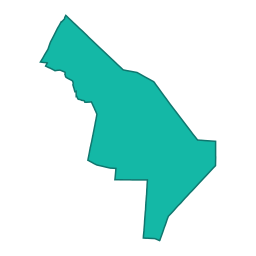 Thap Muoi, Ðong Tháp, Vietnam (Mercator projection)
{"feature_id": "81297802B37339373723835", "entity_name": "Thap Muoi", "entity_type": "district", "adm_level": 2, "iso_a3": "VNM", "parent_name": "Vietnam", "parent_adm1": "Ðong Tháp", "projection": "mercator", "projection_center": [105.765, 10.559], "detail": "fine", "context": "isolated", "style": "filled", "palette": "teal", "viewbox_px": 256, "rotation_deg": 0, "n_neighbors": 0, "source": "geoboundaries", "source_scale": "gbopen_adm2", "svg_char_len": 4043}
<svg xmlns="http://www.w3.org/2000/svg" viewBox="0 0 256 256"><path d="M215.6,141.3L212.4,141.1L206.7,140.7L205.1,140.6L201.6,140.3L201.1,140.3L198.6,140.1L197.5,140.0L197.4,139.8L195.7,137.6L192.7,133.9L191.1,131.7L189.9,130.1L187.0,126.3L184.1,122.5L181.2,118.7L178.3,114.9L175.9,111.7L175.4,111.1L169.6,103.5L166.8,99.6L166.7,99.4L163.9,95.7L161.0,91.7L158.2,87.8L157.0,86.2L155.2,83.8L155.1,83.6L154.9,83.2L153.7,81.7L150.4,79.9L148.8,79.0L144.9,76.9L140.5,74.4L137.1,72.5L131.8,71.5L126.2,70.5L123.2,69.9L120.5,67.3L117.3,64.4L117.2,64.3L116.1,63.2L107.4,55.0L103.1,50.9L98.7,46.8L94.3,42.6L93.9,42.2L88.7,37.3L86.8,35.3L84.5,33.1L83.3,31.9L81.7,30.4L80.1,29.0L78.7,27.7L77.3,26.3L75.6,24.7L73.1,22.4L71.6,20.9L70.2,19.6L68.7,18.2L67.0,16.5L65.8,15.4L64.7,17.5L64.5,18.9L61.5,22.0L61.2,21.8L59.0,25.8L57.9,27.6L57.3,28.7L55.8,31.7L54.0,35.3L52.4,38.4L50.6,41.8L49.9,43.6L48.2,48.6L48.0,49.2L46.8,51.2L44.8,54.5L42.8,58.1L40.4,62.0L43.8,62.5L47.2,62.8L47.4,62.9L47.4,63.0L45.8,65.6L45.6,66.1L46.7,66.6L47.9,67.2L48.2,67.4L49.8,68.0L51.6,68.9L52.2,69.2L54.3,70.3L54.9,70.7L55.7,70.6L56.8,70.4L57.6,70.3L59.1,70.2L59.5,70.1L59.9,70.2L60.2,70.2L60.8,70.4L62.0,70.9L63.4,71.5L64.6,72.0L64.9,72.2L65.0,72.3L65.1,72.5L65.1,73.1L65.0,73.9L64.9,74.3L64.9,74.5L65.0,74.6L65.2,75.0L65.3,75.6L65.5,76.4L65.7,76.8L65.8,77.0L66.0,77.2L66.2,77.4L67.2,78.0L67.7,78.3L69.0,79.0L70.2,79.6L71.0,80.0L71.6,80.4L72.2,80.7L72.3,80.8L72.5,80.9L72.6,81.1L72.7,81.5L72.9,81.9L73.1,82.8L73.2,83.0L73.2,83.3L73.1,83.8L72.9,84.8L72.9,85.0L73.0,85.2L73.3,86.1L73.5,87.0L74.0,88.4L74.4,90.0L74.7,91.1L75.0,91.8L76.1,91.3L76.2,96.5L76.7,96.3L77.4,97.9L78.0,99.0L78.4,99.3L79.7,99.5L80.3,99.7L81.4,100.1L81.6,100.3L82.1,100.4L83.1,100.5L83.7,100.6L84.0,100.7L84.3,100.9L84.4,101.0L84.7,102.1L86.0,102.3L87.0,102.2L88.9,102.1L90.6,102.0L91.4,101.9L92.0,103.2L92.5,104.3L93.3,106.1L93.6,106.7L94.2,107.9L94.5,108.6L94.5,108.8L95.4,110.7L95.5,110.8L95.6,111.1L96.4,113.0L96.9,114.2L96.7,115.4L96.6,115.8L96.6,116.2L96.3,117.4L96.3,117.7L96.0,119.4L95.9,119.8L95.6,121.3L95.4,122.1L95.3,122.8L95.0,124.5L94.8,125.7L94.6,126.5L94.4,127.5L94.2,128.7L94.1,129.1L93.9,130.1L93.8,130.8L93.6,131.7L93.3,133.1L93.2,133.8L93.0,134.8L92.8,135.5L92.5,137.2L92.4,137.8L92.0,139.5L92.0,139.9L91.8,140.8L91.6,141.9L91.5,142.4L91.3,143.0L91.1,143.9L90.9,144.9L90.7,145.9L90.7,146.0L90.3,147.4L90.1,148.7L89.6,151.1L89.5,151.9L89.2,153.5L89.1,153.9L89.0,154.6L88.8,155.2L88.7,156.1L88.6,156.5L88.2,158.4L88.0,159.5L87.9,160.3L88.5,160.5L90.0,161.4L91.0,161.9L91.6,162.2L91.7,162.3L92.0,162.4L93.1,163.1L93.8,163.5L96.9,165.0L102.2,166.2L106.7,167.3L109.4,167.9L110.4,168.1L110.5,168.1L112.4,168.2L115.9,168.4L115.8,170.0L115.6,172.3L115.4,174.7L115.0,178.9L114.9,179.7L124.6,179.8L127.0,179.8L129.9,179.8L132.0,179.9L134.4,179.9L147.4,179.9L147.3,181.7L147.3,182.1L147.1,184.6L147.0,187.5L146.8,189.8L146.7,192.5L146.6,194.9L146.5,195.3L146.4,196.6L146.3,197.9L146.2,199.2L146.2,199.8L146.1,200.5L146.0,201.6L145.9,202.7L145.9,203.1L145.9,203.5L145.8,204.3L145.8,204.5L145.7,206.1L145.7,206.9L145.6,208.2L145.6,208.8L145.6,209.1L145.6,209.4L145.3,212.0L145.2,213.3L145.1,214.6L144.9,217.2L144.8,218.5L144.7,219.7L144.6,220.9L144.5,223.5L144.4,224.7L144.2,227.2L144.1,228.4L144.0,229.6L144.0,230.4L144.0,231.2L143.9,231.3L143.7,233.1L143.6,234.4L143.5,234.8L143.4,236.4L143.4,237.2L143.3,237.8L143.3,238.0L146.1,238.2L148.0,238.2L148.9,238.3L154.9,238.6L157.8,239.8L159.6,240.6L159.8,240.4L160.4,238.6L161.2,236.4L162.5,232.8L163.4,230.2L164.1,228.0L165.3,224.9L166.3,222.0L167.1,219.5L168.4,216.2L171.5,213.0L173.9,210.4L176.3,207.6L178.2,205.5L180.0,203.8L180.3,203.4L180.8,203.0L182.5,201.0L184.9,198.3L187.4,195.7L189.8,193.0L192.3,190.5L194.8,187.8L197.1,185.3L199.4,182.8L201.6,180.5L203.9,178.0L205.8,176.0L208.4,173.2L210.8,170.6L213.3,167.9L215.5,165.7L215.7,156.7L215.6,156.4L215.6,156.0L215.6,154.9L215.6,153.4L215.6,150.6L215.6,150.3L215.6,149.2L215.6,147.9L215.6,145.3L215.6,144.0L215.6,142.7L215.6,142.3L215.6,141.3Z" fill="#14b8a6" stroke="#0f766e" stroke-width="1.5"/></svg>